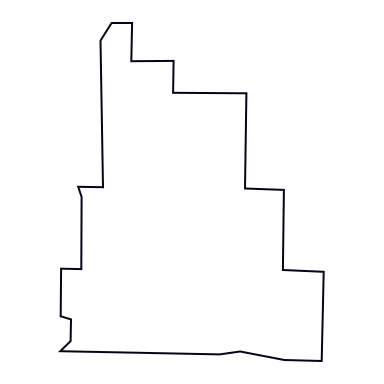 Schley, Georgia, United States of America (Mercator projection)
{"feature_id": "52423323B40186233786127", "entity_name": "Schley", "entity_type": "district", "adm_level": 2, "iso_a3": "USA", "parent_name": "United States of America", "parent_adm1": "Georgia", "projection": "mercator", "projection_center": [-84.335, 32.293], "detail": "fine", "context": "isolated", "style": "outline", "palette": "ink", "viewbox_px": 384, "rotation_deg": 0, "n_neighbors": 0, "source": "geoboundaries", "source_scale": "gbopen_adm2", "svg_char_len": 411}
<svg xmlns="http://www.w3.org/2000/svg" viewBox="0 0 384 384"><path d="M100.5,40.6L103.0,187.2L78.2,186.8L81.6,196.9L81.3,269.1L61.1,268.7L60.7,316.3L71.0,319.4L70.6,341.1L60.3,351.2L219.6,354.4L240.2,351.5L284.2,360.0L321.7,361.0L323.7,271.8L282.9,270.0L283.9,189.9L245.0,188.5L246.4,93.3L173.1,92.8L173.6,60.9L131.3,61.2L132.1,23.0L111.6,23.0L100.5,40.6Z" fill="none" stroke="#020617" stroke-width="2"/></svg>